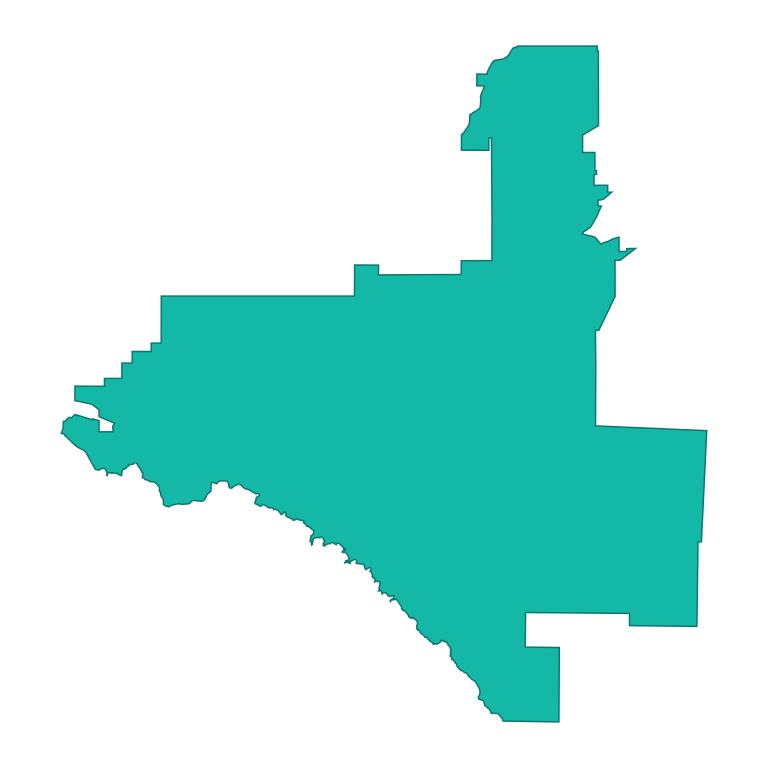 Mundaring, Western Australia, Australia (Mercator projection)
{"feature_id": "25037944B64529810539086", "entity_name": "Mundaring", "entity_type": "district", "adm_level": 2, "iso_a3": "AUS", "parent_name": "Australia", "parent_adm1": "Western Australia", "projection": "mercator", "projection_center": [116.171, -31.885], "detail": "fine", "context": "isolated", "style": "filled", "palette": "teal", "viewbox_px": 768, "rotation_deg": 0, "n_neighbors": 0, "source": "geoboundaries", "source_scale": "gbopen_adm2", "svg_char_len": 6081}
<svg xmlns="http://www.w3.org/2000/svg" viewBox="0 0 768 768"><path d="M503.2,721.1L558.9,721.9L559.3,647.5L525.2,647.1L525.6,612.5L629.5,613.4L629.5,625.6L696.9,626.4L698.0,541.8L701.4,541.9L706.7,430.7L595.5,425.9L595.8,367.0L595.4,330.3L598.8,330.4L615.1,296.5L615.0,260.2L620.2,260.2L635.5,248.5L626.7,248.6L626.7,251.5L619.0,251.5L619.0,237.2L612.6,239.1L607.9,241.5L603.3,242.7L601.1,244.3L595.3,237.6L594.3,236.9L582.0,233.9L583.7,231.8L590.2,227.4L591.6,225.5L596.9,216.1L601.3,206.0L598.1,206.0L598.1,200.1L601.2,199.9L604.2,198.7L611.7,192.2L607.7,192.2L607.7,185.3L594.0,185.3L594.0,174.5L596.5,174.5L596.5,170.7L595.0,170.7L594.9,152.5L582.6,152.5L582.6,135.1L598.5,125.5L598.4,51.2L597.2,51.2L597.2,46.1L517.9,46.1L514.7,47.7L513.3,47.9L511.4,50.4L508.9,54.9L505.8,57.6L503.2,59.0L494.0,60.5L491.4,64.0L488.4,69.7L487.2,72.5L487.2,74.2L476.9,74.0L476.8,85.8L483.4,85.9L484.3,86.8L481.7,92.9L480.5,96.8L480.8,100.7L480.3,106.6L479.3,108.7L473.9,112.3L473.6,112.1L471.1,114.4L470.0,114.3L469.5,122.5L468.8,125.2L463.6,132.8L461.5,134.8L461.4,150.2L488.8,150.3L488.9,137.9L491.5,138.1L492.0,219.7L491.9,260.6L461.3,260.7L461.2,274.5L378.4,274.9L378.6,265.1L354.6,265.0L354.5,295.7L354.0,296.1L161.3,296.1L161.2,343.1L151.2,343.1L151.2,351.5L132.2,351.5L132.2,363.1L121.9,363.1L121.8,378.4L104.5,378.4L104.4,386.3L75.0,386.1L74.9,392.0L75.2,392.3L74.9,392.6L74.9,400.6L91.1,404.0L93.0,405.0L99.0,409.7L99.0,416.6L114.7,423.3L112.9,425.8L112.7,426.8L113.2,431.8L99.0,431.8L99.0,420.7L92.8,418.9L92.7,419.8L74.9,414.5L71.4,417.9L68.9,417.4L64.7,421.5L63.3,421.5L63.1,428.3L61.3,433.4L63.9,433.8L65.3,436.2L65.7,436.2L74.5,444.7L77.9,447.3L83.3,450.0L85.2,451.6L86.3,453.0L95.4,469.5L99.0,470.1L102.3,468.3L103.9,468.2L105.2,469.2L106.7,472.0L107.2,474.0L106.6,475.2L107.1,475.6L108.1,472.4L112.0,473.4L112.0,472.6L117.7,473.7L118.6,474.7L119.5,474.8L121.1,475.6L121.7,475.3L121.9,471.8L123.0,469.6L124.2,469.1L124.3,468.7L125.8,468.6L127.1,466.6L128.8,465.9L128.6,464.9L129.5,464.9L130.5,464.4L133.0,464.3L134.4,462.7L135.5,462.6L137.1,463.8L138.2,466.1L140.0,468.3L141.9,472.2L142.8,473.3L143.0,474.7L142.4,476.1L142.5,477.7L143.7,478.1L145.3,479.7L146.5,479.7L148.2,480.7L149.4,480.9L149.8,481.5L153.9,482.0L155.9,483.1L159.2,486.9L159.5,487.4L159.4,490.7L160.6,493.1L161.0,495.8L163.1,499.1L163.4,501.3L163.3,504.3L165.2,505.8L168.9,506.9L171.6,505.2L178.6,503.7L181.8,504.3L188.1,503.9L189.8,503.2L192.2,500.7L195.6,500.4L198.0,501.2L199.5,500.8L200.9,501.3L203.7,500.7L205.8,497.8L205.7,497.3L207.0,494.6L210.9,491.1L211.1,487.4L210.8,485.3L212.0,481.9L216.6,483.8L217.1,483.4L217.7,482.2L219.8,480.9L226.1,480.9L228.1,482.1L228.9,486.5L229.6,487.7L230.4,488.2L231.9,488.0L235.2,485.5L237.6,484.7L237.8,484.1L239.1,484.0L241.4,485.3L243.6,487.7L245.1,488.7L248.4,489.5L256.0,493.9L258.3,493.5L259.0,493.8L259.4,494.4L259.4,495.4L256.5,497.4L255.9,498.8L256.0,500.4L254.6,502.3L255.4,503.8L255.9,504.1L257.4,504.6L259.2,505.9L260.5,506.1L261.4,506.0L262.8,504.6L263.8,504.7L265.9,505.7L267.5,507.1L268.9,507.8L272.7,507.9L273.8,509.7L275.6,509.2L278.2,510.5L281.3,514.6L283.4,513.4L283.8,512.3L285.6,512.3L286.1,513.4L285.5,514.7L286.6,516.6L292.1,518.9L292.5,519.8L293.1,520.2L295.0,519.9L295.8,519.1L296.9,519.0L299.6,520.0L303.7,520.6L303.6,522.7L304.6,523.3L306.9,526.2L308.1,526.5L308.2,526.3L310.3,527.7L311.9,529.5L313.0,529.7L313.9,531.2L313.1,534.2L312.3,535.3L311.1,535.6L310.9,537.7L310.4,538.8L310.6,540.9L309.5,541.3L311.1,541.4L311.7,544.9L312.3,544.4L311.7,543.4L311.9,543.1L312.3,543.6L312.5,543.1L313.1,539.5L314.0,538.3L314.8,537.8L318.9,537.4L319.7,537.9L321.7,536.7L322.7,537.3L324.6,541.5L324.3,542.3L323.5,542.8L323.2,545.4L324.3,546.0L324.9,546.0L324.9,545.2L328.1,543.7L330.4,543.7L331.6,542.3L332.4,542.4L336.2,544.7L337.0,543.2L338.5,543.2L339.4,543.6L344.1,548.4L345.1,548.3L345.6,548.7L345.7,549.7L345.3,550.4L343.6,549.6L343.4,550.7L342.4,551.7L343.4,551.6L343.4,552.4L344.0,551.9L345.6,552.7L347.6,554.9L349.3,558.7L348.3,559.9L348.6,561.1L347.3,560.6L345.7,560.9L345.5,561.7L344.3,563.2L347.4,561.9L348.5,563.0L349.8,562.8L350.3,563.1L350.0,561.1L351.5,561.1L354.1,559.4L355.1,559.4L356.9,560.4L357.2,560.9L356.1,563.4L363.2,564.2L364.6,566.0L364.6,567.4L365.5,569.5L366.7,569.2L367.4,568.5L369.3,567.7L370.3,567.8L371.0,568.3L371.4,569.5L370.6,570.0L369.9,571.3L371.0,571.9L372.5,574.7L372.3,575.9L371.5,576.2L372.5,576.2L373.0,576.9L372.9,577.8L373.7,577.6L374.9,578.8L375.0,580.5L374.7,581.9L376.4,580.9L379.8,582.3L380.0,584.0L379.1,587.5L379.5,589.0L379.2,589.1L379.4,589.6L378.8,590.6L379.7,590.3L379.7,590.8L380.5,590.5L381.2,591.3L382.0,592.8L381.9,593.8L382.5,593.5L382.6,592.8L386.2,592.9L388.4,596.1L389.7,596.4L394.1,595.4L394.2,595.9L393.8,596.3L393.7,597.7L392.4,599.1L391.4,599.2L390.3,600.9L389.9,602.2L391.6,599.9L392.8,600.0L395.4,599.2L397.0,600.0L401.7,607.0L401.4,608.2L402.1,609.5L403.0,609.8L403.2,610.6L404.7,610.7L408.1,614.7L409.1,617.2L409.9,617.3L410.9,618.3L412.1,618.2L412.5,617.6L413.3,617.4L413.9,618.5L416.1,620.0L417.2,621.3L417.5,623.2L416.6,626.8L417.1,629.5L417.5,629.9L418.2,629.9L419.6,631.1L420.4,632.9L423.2,634.9L424.9,637.2L425.6,637.5L426.9,637.4L427.8,639.0L429.0,639.4L429.1,640.3L430.8,641.8L432.2,642.2L433.1,643.9L433.7,644.3L434.4,644.2L434.3,643.8L434.6,643.6L437.2,644.1L438.1,643.3L439.4,642.9L439.9,642.0L440.5,641.9L440.7,640.5L441.1,640.3L442.7,641.1L443.8,640.6L444.7,641.7L446.0,641.9L447.2,642.6L447.4,643.9L447.9,644.1L448.3,645.3L450.0,646.7L449.9,647.6L450.4,648.0L450.5,649.2L451.2,649.6L450.3,652.1L451.1,654.0L450.6,654.3L450.7,655.2L450.0,655.9L451.1,656.7L451.8,657.9L452.0,659.4L452.4,659.0L452.8,659.2L453.4,659.8L453.5,660.6L455.2,662.1L455.1,662.9L456.3,663.9L457.2,666.6L457.9,667.3L458.5,667.4L458.7,668.3L460.7,670.3L463.0,671.1L464.4,672.6L466.3,672.8L469.0,676.8L470.8,678.1L471.5,679.0L474.6,680.9L476.8,683.8L479.2,688.3L480.0,691.2L479.8,694.5L478.3,697.1L478.7,699.0L483.6,700.8L484.8,705.4L489.8,709.7L491.2,713.3L492.2,713.6L493.9,712.8L495.6,713.6L496.6,713.4L498.4,713.9L502.2,718.5L503.2,721.1Z" fill="#14b8a6" stroke="#0f766e" stroke-width="1.5"/></svg>